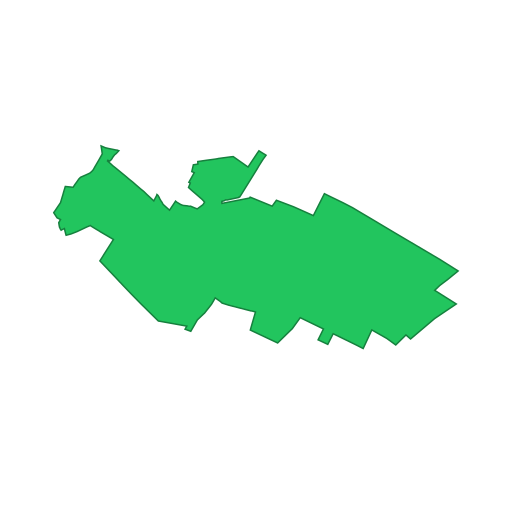 the district of Tetiz, Yucatán, Mexico, rotated 203°
{"feature_id": "50627088B31181916661146", "entity_name": "Tetiz", "entity_type": "district", "adm_level": 2, "iso_a3": "MEX", "parent_name": "Mexico", "parent_adm1": "Yucatán", "projection": "natural_earth1", "projection_center": [-89.981, 20.956], "detail": "fine", "context": "isolated", "style": "filled", "palette": "green", "viewbox_px": 512, "rotation_deg": 203, "n_neighbors": 0, "source": "geoboundaries", "source_scale": "gbopen_adm2", "svg_char_len": 3185}
<svg xmlns="http://www.w3.org/2000/svg" viewBox="0 0 512 512"><g transform="rotate(203 256 256)"><path d="M439.5,271.8L439.6,271.6L440.2,269.7L441.2,267.7L441.5,267.2L444.9,263.5L448.3,259.9L449.2,257.6L449.8,254.6L450.7,250.8L451.2,247.8L458.7,245.5L458.7,245.3L458.4,242.7L458.1,239.8L457.7,236.9L457.4,234.0L457.1,231.4L456.8,228.7L457.4,225.6L458.0,222.6L458.6,219.4L459.1,217.1L459.1,216.8L454.2,213.5L454.0,213.4L450.2,213.2L450.6,209.6L449.0,207.0L448.3,206.0L448.3,205.9L447.5,205.2L446.8,204.5L446.7,204.4L445.5,203.6L445.4,203.8L443.1,206.4L442.0,204.9L441.2,203.8L440.6,203.1L440.5,202.9L439.9,202.1L439.5,201.6L438.9,200.9L434.9,204.0L430.2,208.6L423.1,216.6L420.4,219.3L420.3,219.2L413.7,218.2L410.5,217.8L408.3,217.4L407.3,217.3L404.3,216.9L401.1,216.5L398.1,216.1L395.1,215.7L393.7,215.5L396.7,197.4L396.7,197.2L397.8,190.5L395.3,189.4L379.0,182.3L377.8,181.8L374.9,180.5L370.9,178.7L370.5,178.6L366.7,176.9L356.0,172.3L343.5,167.1L320.5,158.0L310.9,160.2L295.9,163.6L292.3,164.4L292.7,160.9L286.6,161.2L285.0,174.3L281.6,182.2L281.1,183.1L278.1,194.1L277.6,197.8L277.2,201.5L271.1,200.2L268.9,199.4L261.6,200.1L239.1,203.5L238.3,203.8L234.6,204.3L232.7,188.7L232.3,185.6L202.1,184.4L195.3,200.7L194.2,203.2L191.2,216.5L165.4,215.2L166.1,203.1L155.4,202.7L154.6,214.6L129.8,213.3L121.2,212.7L120.5,233.2L103.3,231.2L92.6,228.7L87.1,241.9L81.3,240.0L67.1,268.2L52.9,290.1L78.1,294.2L75.3,300.7L70.3,309.4L64.1,321.2L84.9,324.6L102.2,326.9L124.9,329.9L125.6,330.0L136.9,331.5L165.3,335.4L176.6,336.9L177.3,337.0L178.1,337.1L185.9,338.2L196.4,339.0L204.1,339.4L210.5,339.7L217.4,340.1L219.0,315.6L240.6,316.0L259.0,315.3L260.6,308.2L284.4,307.9L284.5,306.9L307.9,291.1L308.8,292.9L306.7,294.6L305.8,295.9L304.6,296.2L294.8,303.1L294.6,303.8L294.1,303.9L293.6,306.6L289.0,336.3L288.5,340.4L287.3,347.6L287.2,348.1L286.1,352.7L287.8,353.0L289.5,353.2L294.4,354.0L295.1,350.8L295.1,350.7L298.1,334.8L315.8,338.6L317.1,337.9L319.2,336.7L329.0,330.9L329.3,330.6L331.5,329.2L335.9,326.6L336.6,326.2L338.3,325.2L340.3,324.0L346.5,320.2L345.4,317.9L347.8,316.4L349.3,315.5L349.0,313.8L348.1,308.6L345.4,308.6L346.6,297.6L345.0,297.5L344.9,292.7L342.1,291.7L339.4,290.8L337.2,290.1L331.6,288.3L328.8,287.4L327.6,287.0L324.4,285.5L324.9,282.5L328.5,276.4L331.4,276.3L334.6,276.3L335.7,276.3L336.9,275.7L338.9,275.3L342.8,274.1L344.1,274.0L345.5,274.0L346.4,274.1L348.4,274.4L349.2,274.5L349.5,274.5L350.3,274.7L351.5,275.1L351.8,273.3L353.5,264.4L361.6,267.2L362.2,267.6L363.0,268.3L364.1,269.1L364.7,269.4L367.0,271.1L367.5,271.6L367.7,271.8L368.3,272.3L368.8,272.7L369.1,272.9L369.4,273.1L369.8,273.4L370.2,273.6L370.6,273.7L371.2,273.9L371.1,272.8L371.6,266.8L380.5,270.0L384.3,271.5L385.6,271.9L388.5,272.7L394.7,274.7L398.0,275.8L403.3,277.3L405.8,278.1L407.1,278.5L409.4,279.2L410.5,279.5L412.2,280.0L413.9,280.5L420.0,282.3L423.0,283.1L425.4,284.0L429.8,285.4L429.8,286.2L427.7,286.3L426.8,288.3L426.7,288.8L426.5,290.4L426.3,291.4L425.7,293.8L425.4,294.4L424.7,295.7L423.4,299.3L425.5,299.2L426.0,298.9L427.7,298.6L434.0,297.3L437.0,296.8L441.6,296.8L439.5,293.4L437.4,289.9L438.2,282.6L439.2,274.9L439.5,271.8Z" fill="#22c55e" stroke="#15803d" stroke-width="1.5"/></g></svg>